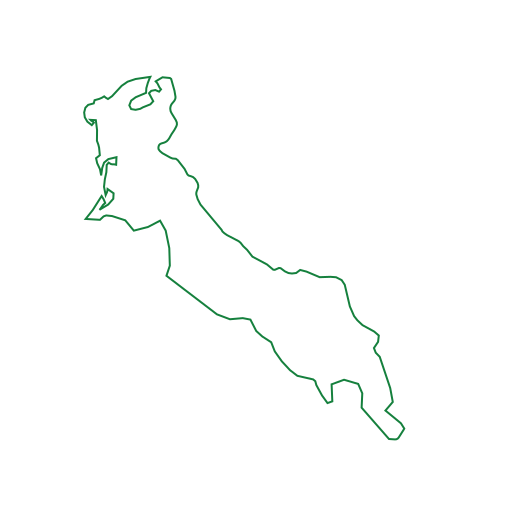 SVG path tracing the border of Rovigo, rotated 220°
{"feature_id": "ITA-5462", "entity_name": "Rovigo", "entity_type": "Province", "adm_level": 1, "iso_a3": "ITA", "parent_name": "Italy", "parent_adm1": "", "projection": "equal_earth", "projection_center": [12.098, 44.979], "detail": "fine", "context": "isolated", "style": "outline", "palette": "green", "viewbox_px": 512, "rotation_deg": 220, "n_neighbors": 0, "source": "natural_earth", "source_scale": "10m", "svg_char_len": 2779}
<svg xmlns="http://www.w3.org/2000/svg" viewBox="0 0 512 512"><g transform="rotate(220 256 256)"><path d="M410.3,174.9L410.6,186.3L412.8,202.7L409.4,201.6L405.6,199.7L406.0,196.9L405.6,192.6L405.6,190.8L402.3,200.4L402.1,208.1L405.4,212.5L412.8,211.9L411.7,210.3L411.1,208.9L410.3,206.0L416.9,211.3L421.1,217.6L424.5,224.0L428.9,229.8L428.9,232.8L426.2,233.2L424.8,234.0L423.7,235.0L421.8,236.0L426.4,242.0L431.4,235.3L432.4,229.9L430.4,224.6L426.4,218.2L431.3,222.2L437.3,225.0L441.4,228.1L440.4,232.8L445.8,238.1L448.4,240.0L451.9,242.0L458.7,250.3L466.0,257.1L470.3,253.9L469.2,253.8L466.9,254.1L465.9,253.9L465.9,250.7L471.5,250.5L476.3,252.2L479.9,255.5L482.0,259.9L481.7,263.9L478.4,268.6L479.8,271.6L477.0,275.7L475.8,278.1L474.9,280.7L472.9,280.7L470.3,281.1L469.0,285.9L468.3,300.1L466.4,307.0L462.0,314.2L452.1,325.3L451.6,323.3L450.1,319.0L447.9,314.1L445.1,310.3L450.2,300.3L451.5,294.8L449.9,290.0L446.1,288.3L442.2,290.6L439.3,294.3L438.2,297.2L434.4,304.3L434.2,308.5L442.6,311.9L442.4,315.2L439.8,318.4L435.9,319.6L435.9,322.6L438.3,323.1L442.5,324.9L445.1,325.3L442.5,332.8L436.4,337.0L434.8,337.1L424.7,330.2L420.1,326.3L419.2,325.2L418.6,323.8L418.3,322.1L418.3,318.4L418.0,316.7L417.4,315.3L416.6,314.0L415.6,313.0L414.4,312.0L412.4,311.1L404.9,308.6L402.5,307.4L401.1,305.9L400.5,304.5L400.1,302.9L399.5,299.7L399.0,295.0L398.1,290.2L398.0,288.5L398.1,286.7L398.6,285.1L399.3,283.7L400.9,281.3L401.5,279.9L401.5,278.5L401.0,277.2L400.2,276.0L399.1,275.1L396.9,274.6L393.8,274.6L384.9,276.3L382.7,277.0L381.5,277.8L380.6,278.5L379.8,279.0L377.4,279.1L366.7,276.8L361.0,274.4L359.4,274.3L357.1,275.3L354.9,276.0L352.1,275.9L347.7,274.4L345.7,273.0L344.4,271.4L342.9,267.1L342.2,265.8L341.2,264.7L337.3,262.1L331.6,259.7L299.1,253.9L297.5,253.2L294.9,253.1L291.5,253.4L278.8,256.2L276.3,256.2L272.1,255.3L266.8,255.0L258.3,253.2L242.1,256.6L234.0,256.6L232.7,257.5L230.7,261.6L229.3,262.5L224.0,262.8L220.2,263.8L217.2,265.7L214.3,268.8L213.2,273.7L207.3,276.5L193.6,280.7L185.6,287.9L181.0,291.2L174.9,292.6L169.5,291.0L151.7,277.7L142.2,273.0L137.0,271.9L129.9,271.5L116.9,274.1L110.8,274.0L107.3,268.7L106.5,261.3L102.1,258.9L96.4,258.3L68.3,241.1L57.4,232.1L57.5,220.8L37.4,221.0L31.5,219.1L31.3,218.3L30.0,208.6L30.1,207.1L30.7,205.8L31.7,204.8L36.5,201.3L77.6,207.7L86.3,219.1L95.5,223.7L109.0,217.8L115.6,206.3L104.1,193.7L106.1,190.3L106.7,189.3L115.8,191.6L126.8,195.9L130.1,198.2L132.9,198.2L147.3,190.8L156.5,190.4L168.5,191.9L180.3,195.0L188.9,199.7L199.4,198.4L207.6,198.7L219.4,203.7L226.2,199.9L235.3,190.8L248.4,186.2L289.5,184.3L311.9,183.3L315.8,193.2L327.5,206.3L341.5,217.4L352.2,221.4L357.4,208.8L365.9,196.9L379.1,199.3L391.9,194.1L396.8,190.8L398.2,188.4L398.8,183.4L410.3,174.9Z" fill="none" stroke="#15803d" stroke-width="2"/></g></svg>